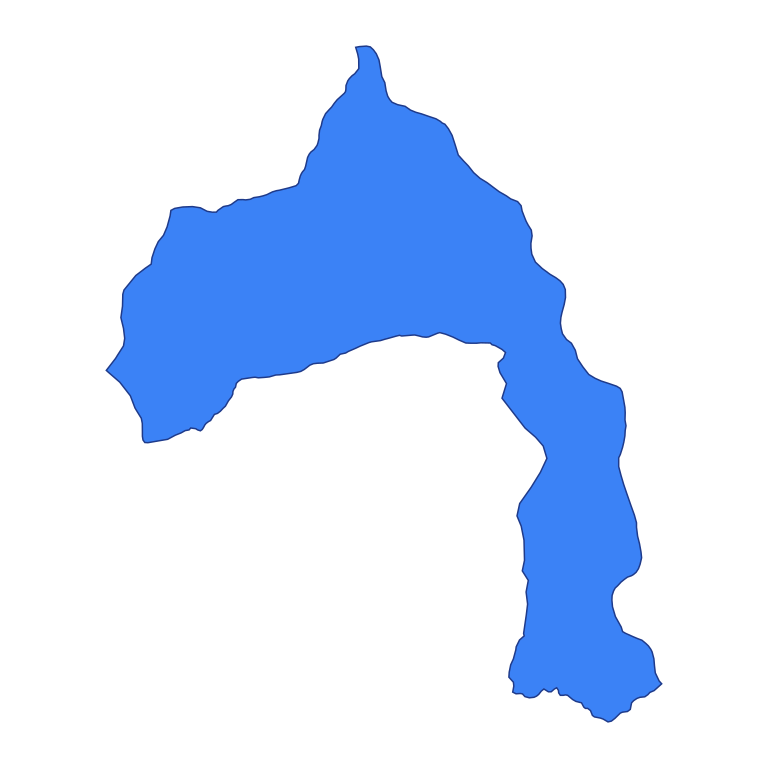 the district of Guma, Punakha, Bhutan
{"feature_id": "84629894B46754889891029", "entity_name": "Guma", "entity_type": "district", "adm_level": 2, "iso_a3": "BTN", "parent_name": "Bhutan", "parent_adm1": "Punakha", "projection": "albers", "projection_center": [89.837, 27.577], "detail": "fine", "context": "isolated", "style": "filled", "palette": "blue", "viewbox_px": 768, "rotation_deg": 0, "n_neighbors": 0, "source": "geoboundaries", "source_scale": "gbopen_adm2", "svg_char_len": 4787}
<svg xmlns="http://www.w3.org/2000/svg" viewBox="0 0 768 768"><path d="M661.7,683.8L659.1,680.9L655.3,672.9L654.5,666.0L653.9,658.8L652.1,651.9L650.8,649.3L648.4,645.9L645.9,643.5L641.9,640.2L637.6,638.6L633.1,636.7L625.5,633.3L622.6,631.6L621.2,627.0L615.4,616.6L612.5,606.8L611.9,600.1L612.1,595.5L613.6,590.9L615.2,588.0L617.6,585.8L621.0,582.1L624.3,579.4L627.5,577.1L631.5,575.7L633.5,574.5L636.1,572.3L638.5,568.6L640.1,564.2L641.6,557.8L641.0,552.0L639.5,543.7L637.6,536.2L636.5,527.3L636.5,522.8L634.4,515.1L630.9,505.4L626.7,493.3L623.7,484.5L621.0,475.4L618.7,466.6L618.7,457.8L620.3,454.5L622.5,447.6L623.8,442.2L624.9,435.9L625.2,430.5L626.0,425.8L625.0,420.0L625.2,412.6L624.9,407.3L623.6,400.0L622.1,391.8L620.2,388.4L616.6,386.2L608.8,383.5L601.1,381.0L595.1,378.3L588.8,374.5L582.8,366.8L577.5,358.8L575.3,350.2L571.4,343.2L566.5,339.5L562.5,333.8L561.2,328.6L560.4,323.2L560.9,317.4L562.0,312.4L564.2,304.4L565.5,297.5L565.3,289.5L563.2,284.4L560.1,280.9L555.8,277.7L549.9,274.2L542.2,268.5L535.4,262.1L531.8,254.2L531.0,248.2L530.9,243.3L532.1,235.9L531.3,230.1L528.1,225.0L526.1,221.2L524.8,218.0L522.1,211.0L521.1,205.7L517.6,201.6L510.7,198.9L506.3,195.8L499.3,191.8L493.4,187.4L487.3,182.8L480.0,178.3L473.6,172.6L468.4,166.0L463.6,161.0L458.3,155.1L455.3,145.3L452.1,135.4L448.4,128.7L444.9,124.2L442.2,123.0L440.4,121.4L436.0,118.8L428.8,116.4L421.6,113.9L415.9,112.3L410.5,110.1L405.1,106.3L397.7,104.7L392.1,102.3L389.6,99.4L387.7,96.2L386.1,90.8L384.8,82.6L381.8,76.6L380.2,66.6L379.0,60.0L376.3,53.8L373.4,49.8L370.3,46.9L366.4,46.1L359.4,46.6L355.7,47.3L357.7,54.0L358.7,59.1L358.8,68.6L354.7,73.8L352.1,75.7L349.4,78.5L347.8,80.8L346.0,85.5L345.9,89.3L345.5,91.6L344.3,93.3L337.2,99.7L334.2,103.4L331.7,107.0L329.3,109.5L325.6,113.6L322.8,119.4L322.1,121.7L321.3,125.6L319.6,130.1L319.0,135.2L319.0,138.4L317.9,143.0L317.1,145.3L314.1,149.5L310.9,152.0L309.2,154.2L307.6,157.4L305.6,166.3L304.5,169.5L302.6,171.7L301.5,173.4L300.3,176.0L299.3,179.6L298.5,183.3L296.1,185.7L288.8,187.9L279.4,190.2L276.4,190.7L272.4,191.9L266.7,194.7L262.9,195.9L259.2,196.8L253.8,197.6L250.2,199.3L245.6,199.9L243.0,199.6L237.9,199.7L234.6,202.0L231.2,204.5L228.2,205.7L226.0,206.0L223.3,206.6L218.0,210.3L216.4,212.1L212.4,212.2L207.1,211.3L200.4,207.8L192.5,206.6L182.6,207.0L174.7,208.4L170.9,210.4L170.1,215.9L167.1,226.9L163.5,235.3L158.3,241.6L154.9,248.9L152.0,257.7L151.2,264.1L145.3,268.2L135.8,275.5L124.0,290.0L122.8,294.3L122.5,306.2L120.9,317.6L123.5,328.4L124.7,338.4L123.5,345.9L117.6,355.1L115.5,358.5L106.3,370.4L108.4,372.3L119.8,382.2L128.1,392.9L130.3,395.7L131.7,399.3L135.0,408.0L136.2,410.0L141.3,418.3L142.3,423.4L142.4,432.0L142.4,436.3L143.0,440.0L144.8,442.5L147.9,442.7L167.7,439.3L175.3,435.2L181.1,432.9L185.2,430.6L189.1,429.9L190.7,428.0L195.7,428.7L197.6,429.9L200.4,430.8L202.2,429.5L203.5,427.5L204.8,425.0L206.1,423.4L208.5,421.6L210.6,420.5L214.4,414.4L217.5,413.4L220.4,411.2L223.1,408.3L225.4,406.2L228.4,400.9L231.5,396.9L232.8,394.0L232.9,391.6L233.9,389.1L235.5,387.2L236.3,383.4L238.3,381.3L241.6,379.1L252.1,377.5L255.1,377.2L258.3,377.8L264.3,377.4L269.3,376.9L275.8,375.0L279.8,374.8L283.3,374.3L296.8,372.4L300.8,371.4L304.2,369.5L306.2,368.0L309.8,365.2L313.4,363.7L317.7,363.2L323.3,363.0L326.0,362.1L333.9,359.5L336.1,358.1L340.2,354.2L345.7,353.0L348.4,351.4L355.8,348.2L360.2,346.1L369.1,342.5L371.6,341.8L380.4,340.6L382.7,339.9L385.0,339.2L387.0,338.7L395.9,336.2L399.5,335.3L401.7,336.0L407.8,335.5L412.4,335.1L414.9,335.0L419.6,336.1L422.5,336.9L426.2,337.2L428.6,336.9L437.6,333.2L439.8,332.6L445.7,334.2L453.0,337.1L459.1,340.1L465.8,343.0L471.0,343.2L476.5,343.2L480.9,342.8L490.3,343.0L492.0,344.7L495.2,345.6L499.0,347.7L502.1,349.5L505.5,352.5L503.4,358.1L498.3,362.7L498.1,366.4L500.0,372.7L506.5,383.6L502.0,398.2L525.1,428.1L535.6,437.2L543.2,446.0L546.9,458.4L540.4,472.3L531.2,487.2L519.7,503.5L517.0,515.9L521.2,526.1L524.0,540.2L524.5,560.3L522.3,570.9L528.3,580.4L526.1,592.0L527.6,604.1L526.3,614.9L523.6,633.5L524.2,635.9L519.5,640.0L516.2,646.8L515.8,649.9L513.4,658.9L510.7,664.8L509.2,672.2L508.9,677.2L513.4,682.2L513.8,686.1L513.1,690.0L512.7,692.1L516.0,693.8L520.3,693.5L522.5,693.9L524.9,696.6L529.3,697.8L534.0,697.3L536.6,696.1L538.7,694.4L541.3,691.1L543.9,689.0L548.4,691.8L551.2,691.8L554.4,689.0L556.7,687.8L558.4,690.3L558.7,692.9L560.3,695.3L563.4,695.3L565.5,694.9L567.6,695.3L572.6,699.5L575.9,701.4L581.5,702.8L583.8,707.1L585.4,708.4L587.7,708.4L590.5,710.6L592.4,715.4L594.4,716.9L600.5,718.1L603.2,719.1L608.0,721.9L611.4,721.1L614.9,718.4L620.3,713.1L622.4,712.2L627.5,711.5L630.3,709.4L631.0,705.7L631.6,702.8L633.7,700.6L637.0,698.4L640.0,697.3L644.8,696.8L647.8,694.7L649.9,692.4L654.1,690.6L656.6,688.4L661.7,683.8Z" fill="#3b82f6" stroke="#1e3a8a" stroke-width="1.5"/></svg>